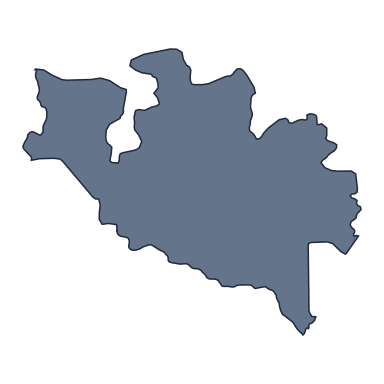 outline of Niger
{"feature_id": "NGA-2851", "entity_name": "Niger", "entity_type": "State", "adm_level": 1, "iso_a3": "NGA", "parent_name": "Nigeria", "parent_adm1": "", "projection": "mercator", "projection_center": [5.482, 9.777], "detail": "fine", "context": "isolated", "style": "filled", "palette": "slate", "viewbox_px": 384, "rotation_deg": 0, "n_neighbors": 0, "source": "natural_earth", "source_scale": "10m", "svg_char_len": 4425}
<svg xmlns="http://www.w3.org/2000/svg" viewBox="0 0 384 384"><path d="M39.6,135.1L41.0,134.8L42.4,133.1L43.0,131.4L43.0,126.7L43.9,124.3L46.1,119.7L46.8,117.3L46.8,114.5L46.8,112.3L46.3,109.6L45.5,107.9L44.4,107.2L43.1,107.0L42.0,106.6L41.1,105.6L40.3,102.6L39.8,101.6L39.1,100.8L38.4,100.2L37.6,99.4L37.2,98.3L37.3,96.7L39.2,91.9L39.3,89.2L37.5,81.1L36.6,79.5L35.9,77.8L35.6,76.0L35.6,74.0L36.5,70.5L35.7,69.7L35.0,69.7L35.6,69.0L43.8,70.0L51.8,75.0L61.9,79.6L66.6,80.2L91.2,79.5L100.5,78.1L109.6,80.6L120.4,87.7L126.2,89.5L126.4,91.8L123.4,108.1L123.4,111.5L123.2,113.1L122.5,114.3L120.3,116.6L120.2,118.3L109.7,124.2L106.3,130.0L105.8,136.8L106.1,140.3L107.5,143.4L109.8,145.2L111.8,147.3L111.2,153.9L109.8,160.7L112.0,162.6L118.1,163.0L119.2,160.5L119.3,156.8L120.2,153.7L123.4,152.6L133.8,150.4L136.8,149.4L139.4,147.5L141.7,141.5L138.9,135.3L134.7,129.8L134.2,126.7L134.6,123.5L134.1,116.7L135.6,110.6L138.5,109.6L144.7,110.4L150.7,107.5L157.1,105.7L159.5,103.8L157.5,97.8L153.9,93.2L158.2,87.7L157.9,84.0L157.1,80.3L156.0,77.7L153.5,76.9L152.4,76.2L151.6,74.6L150.4,73.9L148.9,73.9L142.0,72.8L135.6,70.1L129.9,65.8L131.3,60.0L143.7,54.4L170.2,49.0L176.7,49.2L182.0,52.4L183.3,59.3L186.5,65.1L189.3,66.9L190.8,70.0L190.2,77.0L190.4,80.6L191.5,83.8L193.9,84.7L202.9,84.6L208.8,83.6L224.4,77.0L227.5,76.1L230.6,75.9L232.9,74.0L233.8,72.6L236.1,70.0L237.4,68.9L240.6,68.8L243.3,70.6L247.1,75.6L254.0,87.2L255.4,93.3L253.6,94.1L251.8,96.1L251.1,98.5L250.5,106.1L250.7,108.4L252.2,113.0L252.3,114.1L252.2,115.2L251.8,117.2L250.6,120.3L250.3,121.4L250.3,123.9L250.1,125.1L249.6,126.2L249.2,128.0L249.8,131.1L252.7,133.2L254.9,136.0L256.5,139.1L259.6,138.7L261.9,136.1L263.8,133.0L268.5,127.9L279.2,119.7L285.5,118.3L287.9,119.9L289.0,122.7L291.9,123.2L298.4,120.2L301.8,119.5L305.3,120.1L307.3,118.7L306.9,115.1L309.8,113.8L313.0,114.1L315.8,115.2L316.6,116.9L317.2,124.4L318.6,124.7L321.7,123.8L326.7,128.0L326.8,135.3L325.6,138.6L327.6,140.6L334.0,142.9L336.7,144.8L336.5,147.9L334.3,150.8L331.3,152.7L328.4,155.0L326.0,158.0L323.1,159.9L320.9,162.4L324.9,167.7L331.4,170.5L338.0,171.2L351.3,171.0L355.7,174.0L357.4,188.6L357.2,192.0L354.9,193.8L352.1,194.0L350.1,195.6L351.9,198.0L355.2,199.0L357.1,200.6L356.4,203.1L357.6,205.4L360.4,206.8L361.0,209.6L358.9,212.0L357.6,213.1L356.7,214.6L356.4,216.5L355.9,218.2L351.0,221.8L350.2,225.1L352.0,227.9L353.2,228.6L354.7,230.6L354.6,231.9L353.5,234.7L354.1,236.2L356.4,235.5L358.5,236.0L345.9,254.0L345.3,254.1L341.1,251.8L332.7,243.6L327.3,241.9L310.7,242.5L308.5,243.6L308.2,246.1L309.0,310.9L309.5,312.5L311.7,316.4L315.8,316.8L314.6,320.4L312.0,323.0L310.1,323.6L308.7,325.1L308.9,327.1L308.5,328.6L307.2,327.8L306.1,328.7L305.1,331.0L304.5,333.4L302.9,335.0L302.7,334.4L301.4,333.2L301.3,332.7L300.2,332.2L296.8,328.5L293.3,322.9L292.2,321.7L283.4,314.9L282.6,314.6L280.6,310.4L279.4,306.0L279.2,303.3L279.0,302.6L278.7,301.8L278.2,301.7L278.0,300.9L276.6,298.1L276.4,297.4L276.4,295.7L274.1,292.0L273.0,290.8L271.5,290.0L269.8,289.7L266.4,287.5L265.8,286.9L264.2,286.8L260.3,287.5L255.3,288.5L254.6,288.2L251.9,285.7L250.6,285.1L249.2,284.9L239.3,285.0L237.1,285.4L234.3,286.8L233.2,287.0L231.9,287.0L227.9,286.4L223.1,286.4L222.1,286.1L221.5,285.5L220.6,283.8L219.2,282.1L218.1,280.1L217.3,280.0L215.4,279.2L214.7,279.1L209.5,279.0L208.1,278.5L206.9,277.6L206.6,277.1L205.7,275.5L205.0,274.6L204.2,273.7L202.3,272.1L201.1,270.5L200.6,270.1L199.4,269.4L198.2,269.0L196.9,268.7L194.2,268.6L193.0,268.3L191.9,267.8L190.8,266.9L189.2,265.3L188.2,264.5L187.1,264.0L185.8,263.7L179.8,264.1L171.3,262.6L169.9,262.2L168.9,261.5L168.2,260.2L168.1,259.2L168.2,258.2L168.1,257.3L167.7,256.3L166.1,254.7L164.6,252.7L163.3,251.7L158.6,249.5L155.6,247.4L154.0,246.6L153.9,246.2L151.7,245.1L150.5,244.8L149.3,244.8L143.5,246.7L139.5,249.0L135.8,250.1L133.1,250.3L130.6,249.5L128.9,247.7L128.8,245.0L129.3,242.3L129.1,239.9L128.0,238.0L125.5,237.1L121.0,236.3L119.6,235.7L118.3,234.8L117.5,233.5L117.2,232.0L117.1,230.3L116.9,230.4L116.8,230.5L116.9,228.7L116.7,225.3L116.5,224.6L108.7,223.5L102.1,224.3L99.2,219.3L99.3,212.5L100.2,205.2L98.7,199.0L95.7,199.0L94.2,198.1L92.8,197.0L62.7,161.3L60.2,159.1L54.0,158.3L39.7,158.7L31.8,160.2L31.3,160.3L31.6,158.6L31.3,157.2L30.5,156.1L24.4,149.7L23.1,147.7L23.0,146.0L24.9,141.8L27.1,138.3L27.5,137.2L27.6,135.5L27.8,134.9L28.4,134.0L30.2,132.3L32.0,131.7L33.8,132.0L39.6,135.1Z" fill="#64748b" stroke="#1e293b" stroke-width="1.5"/></svg>